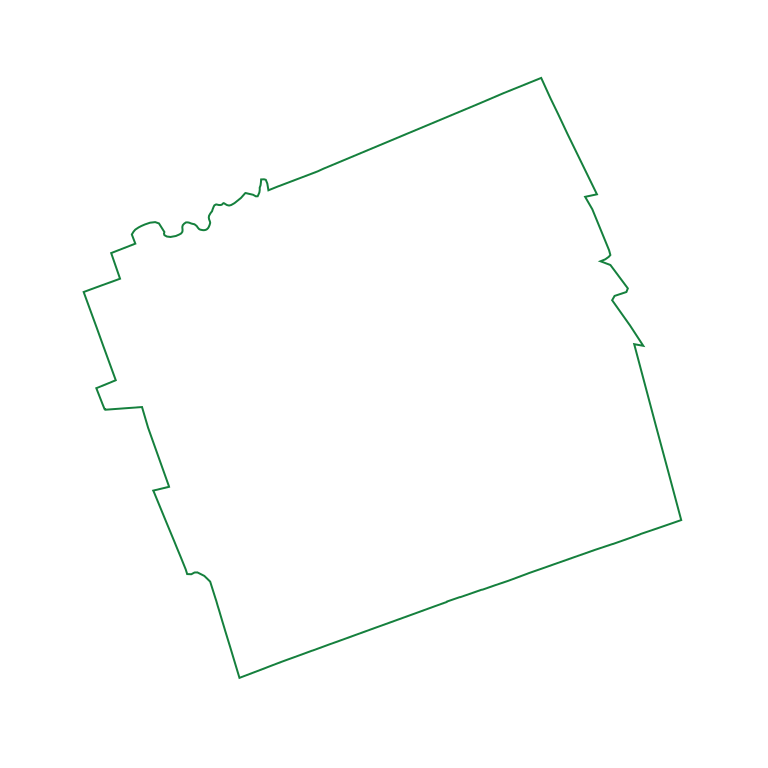 the district of Hualahuises, Nuevo León, Mexico, rotated 158°
{"feature_id": "50627088B9840783039526", "entity_name": "Hualahuises", "entity_type": "district", "adm_level": 2, "iso_a3": "MEX", "parent_name": "Mexico", "parent_adm1": "Nuevo León", "projection": "natural_earth1", "projection_center": [-99.659, 24.884], "detail": "fine", "context": "isolated", "style": "outline", "palette": "green", "viewbox_px": 768, "rotation_deg": 158, "n_neighbors": 0, "source": "geoboundaries", "source_scale": "gbopen_adm2", "svg_char_len": 2926}
<svg xmlns="http://www.w3.org/2000/svg" viewBox="0 0 768 768"><g transform="rotate(158 384 384)"><path d="M159.4,146.5L153.3,196.0L147.5,243.8L137.1,327.2L129.3,322.3L134.1,346.8L134.2,347.0L141.1,376.2L137.2,379.3L124.8,378.5L122.1,381.3L129.5,409.5L137.3,416.7L132.2,416.7L128.0,417.7L125.8,418.8L125.3,422.9L125.2,423.8L125.4,468.0L127.4,482.2L115.5,480.1L120.2,547.0L121.4,568.5L122.6,586.2L122.8,590.4L123.6,608.9L163.9,608.9L188.8,608.4L359.6,606.3L365.8,606.0L404.8,606.8L405.4,606.8L405.5,606.8L405.8,606.8L408.2,606.9L418.6,606.9L417.1,613.6L417.1,617.6L418.5,618.7L421.3,619.7L422.5,617.2L424.0,614.5L425.7,612.6L426.5,610.5L427.8,608.3L429.5,606.6L430.8,605.4L432.5,606.0L433.3,607.0L434.5,608.5L436.2,609.7L438.1,611.0L440.2,612.5L440.7,612.9L441.3,612.9L446.9,610.1L454.9,607.7L458.7,607.2L460.8,607.5L462.5,608.7L463.6,610.1L464.5,611.4L465.1,611.8L465.9,611.6L466.4,611.3L467.4,611.0L468.9,611.3L470.2,611.9L471.3,612.7L472.4,613.4L474.3,613.2L475.4,612.3L477.6,610.0L478.7,608.6L480.5,607.6L481.5,606.9L483.2,605.5L484.1,604.0L484.5,602.2L484.5,600.9L484.6,599.4L484.8,598.5L485.5,597.6L486.0,596.9L486.9,596.0L487.7,595.2L488.8,594.4L490.3,593.8L491.5,593.7L492.8,593.9L493.9,594.3L494.8,594.8L495.7,595.4L496.6,596.0L497.4,596.9L497.7,597.7L498.1,598.9L498.4,600.4L499.0,601.6L499.9,603.1L501.5,604.2L502.8,605.2L504.0,606.4L505.3,607.3L507.1,608.0L509.3,607.5L511.1,606.6L512.2,605.1L513.1,602.2L513.9,600.7L515.6,599.6L517.7,599.3L521.6,599.2L524.4,599.8L526.9,600.3L530.1,602.1L531.8,604.2L531.7,605.8L530.7,607.2L532.5,617.2L535.5,619.8L540.5,621.2L546.0,621.5L549.8,621.4L552.9,621.1L556.8,620.3L559.1,619.1L561.8,617.1L562.0,607.3L587.9,607.6L589.3,580.5L595.5,580.7L608.8,581.2L621.2,581.6L628.0,581.8L628.8,558.6L629.3,543.5L630.1,523.0L630.1,522.4L630.4,513.9L631.3,488.0L639.3,487.9L652.3,487.9L652.5,470.7L652.5,465.5L652.4,465.4L651.8,465.2L651.8,464.8L651.9,464.5L617.0,453.3L619.1,432.0L621.7,370.0L621.8,369.2L637.9,371.6L637.8,370.2L637.6,337.4L637.5,326.5L637.4,316.3L637.4,309.7L637.3,299.9L637.3,288.4L637.3,286.3L637.7,281.5L633.9,279.8L630.3,280.2L627.6,279.2L622.5,273.4L619.2,265.9L620.6,248.1L620.7,246.4L620.8,245.3L621.3,240.6L621.7,235.7L622.2,230.7L622.5,227.5L622.8,224.4L623.4,217.7L623.7,214.7L625.0,199.6L625.1,198.5L625.1,198.3L625.2,197.3L628.1,165.7L600.2,165.1L599.4,165.1L599.2,165.1L598.3,165.1L592.7,165.0L583.2,164.8L576.9,164.6L569.3,164.3L550.6,163.7L550.1,163.6L534.8,163.1L534.4,163.1L531.5,163.0L522.3,162.6L521.7,162.6L505.3,162.0L504.8,162.0L482.9,161.2L443.1,159.7L431.3,159.3L420.0,158.9L407.4,158.4L407.1,158.7L405.0,158.6L393.6,158.0L393.2,157.8L370.8,156.7L369.5,156.4L356.5,155.8L343.1,155.0L322.4,154.4L320.8,154.4L314.4,154.1L306.5,153.7L294.9,153.2L273.0,152.2L251.0,151.2L232.0,150.0L231.8,149.9L214.0,149.1L202.8,148.7L202.5,148.8L183.0,147.7L175.2,147.3L169.5,147.0L161.3,146.6L159.4,146.5Z" fill="none" stroke="#15803d" stroke-width="2"/></g></svg>